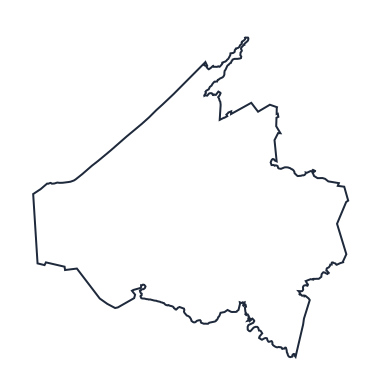 Elota, Sinaloa, Mexico, rotated 94°
{"feature_id": "50627088B50606245291674", "entity_name": "Elota", "entity_type": "district", "adm_level": 2, "iso_a3": "MEX", "parent_name": "Mexico", "parent_adm1": "Sinaloa", "projection": "albers", "projection_center": [-106.918, 24.031], "detail": "fine", "context": "isolated", "style": "outline", "palette": "slate", "viewbox_px": 384, "rotation_deg": 94, "n_neighbors": 0, "source": "geoboundaries", "source_scale": "gbopen_adm2", "svg_char_len": 5908}
<svg xmlns="http://www.w3.org/2000/svg" viewBox="0 0 384 384"><g transform="rotate(94 192 192)"><path d="M176.1,40.5L175.7,47.0L172.9,46.1L171.9,56.8L169.6,60.1L169.0,62.6L169.4,67.8L167.4,71.5L166.1,72.0L164.4,73.1L162.6,70.7L162.4,70.7L161.5,72.9L161.7,73.1L162.1,72.9L162.3,73.0L162.9,74.0L162.9,75.3L164.8,78.7L164.6,79.9L165.2,79.7L166.4,80.3L167.2,81.0L167.6,81.9L167.7,83.2L168.2,84.4L168.7,87.6L168.5,88.1L166.1,91.0L164.7,91.3L163.4,92.2L162.4,93.5L162.3,94.3L161.5,95.5L160.8,98.0L160.8,100.1L161.0,101.4L162.7,104.9L162.6,105.7L162.4,107.2L161.9,107.8L160.3,108.3L159.7,109.3L159.6,110.5L160.0,111.4L159.5,112.0L159.4,112.4L159.6,114.5L157.0,115.6L154.6,114.8L153.9,114.3L153.5,113.8L153.6,112.7L154.8,111.6L155.5,109.7L134.5,113.3L127.2,110.2L127.2,107.9L120.5,112.6L112.0,112.9L111.0,111.1L107.9,111.9L108.3,113.0L102.6,113.3L101.5,113.1L99.5,120.4L107.3,131.7L98.9,139.1L111.5,158.5L108.8,158.5L110.2,161.3L110.6,161.4L112.4,163.1L113.9,162.1L115.7,164.9L115.7,165.3L118.1,169.4L103.1,169.5L99.9,170.1L98.9,170.9L97.2,171.4L95.5,172.5L93.7,171.2L91.5,170.4L91.0,170.6L90.0,172.7L93.5,175.0L93.1,177.6L93.8,177.5L93.8,177.9L92.1,179.2L92.2,180.9L92.6,181.9L94.8,183.5L94.7,185.7L95.2,186.4L94.8,186.5L92.2,185.0L91.2,185.6L89.9,184.8L88.4,182.5L85.9,181.5L84.5,179.9L82.9,179.2L80.9,177.8L80.3,177.1L80.4,176.4L79.9,175.1L80.0,174.7L78.4,174.1L78.4,173.7L76.9,172.1L75.5,169.5L74.5,168.6L72.7,167.9L70.9,168.0L69.0,167.9L67.5,167.0L64.0,165.7L63.2,165.3L62.6,164.4L61.1,163.3L60.4,162.1L58.9,161.8L58.0,161.0L57.1,160.8L56.2,158.9L56.0,155.9L55.5,153.6L55.0,152.5L53.4,152.3L52.2,153.3L49.6,153.3L47.8,152.2L47.3,152.2L45.8,153.1L44.8,152.9L44.1,152.6L42.7,151.4L41.8,150.9L41.6,150.0L40.6,150.1L37.4,147.0L36.2,146.5L34.7,146.5L34.1,146.9L34.2,149.6L34.4,149.9L35.3,149.5L36.0,149.8L37.3,150.9L38.5,152.6L39.2,152.9L39.5,152.6L40.7,152.8L42.4,154.4L44.0,154.9L45.1,156.2L45.8,158.2L46.4,158.2L46.7,158.7L47.6,159.2L49.1,159.2L49.6,159.5L50.5,160.8L51.0,163.3L52.9,163.4L56.7,165.1L57.5,166.1L58.6,166.8L59.5,167.8L60.8,170.8L61.3,170.9L61.6,170.6L62.7,171.2L65.0,173.0L65.2,173.6L64.8,174.6L65.4,175.7L65.6,179.3L65.1,179.7L64.5,178.9L64.6,179.4L64.9,180.0L66.9,181.9L68.4,183.8L67.8,184.8L66.4,186.1L65.9,186.1L65.1,185.6L63.7,186.4L65.0,186.4L65.2,186.7L65.1,187.6L64.2,189.5L62.2,187.8L61.7,187.9L95.7,217.3L107.1,227.8L112.7,233.2L120.6,240.1L127.7,247.0L141.4,261.3L156.3,276.1L167.7,288.0L172.7,293.6L181.7,302.6L187.4,308.8L188.7,310.5L190.2,313.9L190.7,316.0L191.8,321.6L192.1,324.6L192.0,327.1L193.1,329.8L193.4,331.5L193.4,332.7L192.9,333.3L192.8,333.9L193.8,336.1L193.7,337.1L199.6,343.1L205.1,350.3L274.0,341.1L275.2,334.0L272.4,332.8L275.4,313.9L278.7,313.2L276.4,301.5L304.7,276.6L309.5,268.7L313.1,260.6L312.3,257.9L301.9,242.3L298.4,241.6L294.7,245.0L293.8,243.6L291.4,236.9L290.4,236.1L288.5,236.3L288.4,235.1L287.8,234.4L288.0,233.1L289.4,231.8L290.9,232.2L292.0,233.2L292.4,233.9L292.4,234.6L292.7,235.4L293.9,236.3L293.7,236.7L294.1,237.1L295.3,236.7L296.5,235.9L296.9,235.1L298.6,235.1L299.2,236.0L299.7,236.1L301.5,235.1L301.7,233.8L301.6,232.3L302.1,229.4L302.0,228.5L302.3,227.7L302.1,226.3L302.9,222.1L303.0,219.8L303.3,219.3L303.8,216.0L304.2,215.3L304.3,214.1L304.8,212.9L304.7,212.4L306.0,211.0L306.6,209.8L306.8,208.3L306.5,208.0L306.4,207.4L306.9,206.7L307.3,204.2L307.7,203.1L308.4,202.2L309.2,201.8L309.6,200.9L310.3,200.3L310.3,199.4L308.5,198.0L307.6,196.4L308.9,191.9L310.2,191.4L311.8,191.7L312.9,191.2L315.6,188.6L315.8,187.6L316.8,185.7L318.9,184.1L320.6,183.5L321.7,181.8L321.9,181.2L321.8,180.0L321.3,179.2L320.2,178.2L319.5,176.3L319.3,175.0L320.1,174.2L321.0,174.2L321.8,173.7L322.6,170.9L322.4,169.7L322.4,167.9L322.3,166.8L321.2,165.7L319.6,160.1L318.7,158.9L318.0,158.7L318.0,158.4L317.4,157.9L314.7,156.9L314.5,156.5L313.3,155.9L310.5,155.1L309.5,151.2L307.2,148.3L308.8,144.7L308.9,143.8L308.6,140.2L308.3,139.1L307.5,138.7L306.5,137.4L300.2,136.3L298.7,136.6L299.3,134.6L298.5,133.7L298.8,132.6L298.4,131.8L299.5,131.8L299.9,132.7L301.5,133.1L301.9,132.7L300.9,131.6L300.8,130.7L302.7,130.1L303.5,131.2L308.1,130.3L308.9,129.7L310.1,130.3L311.0,129.3L310.2,128.2L310.2,127.9L311.6,126.9L312.4,127.0L312.8,126.3L313.2,126.2L313.9,126.7L314.2,125.4L315.4,126.2L315.7,127.0L316.6,127.6L316.2,126.3L316.8,125.6L316.2,125.4L316.2,124.9L315.7,124.6L315.5,124.1L314.7,123.7L314.1,122.9L315.9,121.0L316.4,120.9L318.2,121.8L320.8,126.4L322.6,127.1L325.4,126.8L326.5,125.6L326.9,124.4L326.3,123.6L323.0,121.1L322.1,119.3L322.0,117.5L322.8,116.5L325.5,115.5L325.4,114.8L326.0,113.6L328.1,112.1L331.3,114.5L332.9,114.9L333.2,114.5L333.3,114.0L333.9,113.3L334.5,111.9L332.9,109.5L332.5,108.1L332.8,107.0L334.8,106.3L336.0,105.3L336.1,104.9L335.2,102.2L336.2,101.4L337.1,101.2L338.0,101.3L339.2,100.4L340.4,98.4L341.0,96.7L341.0,96.0L340.5,94.6L340.8,93.2L340.6,92.6L341.1,91.7L341.5,91.3L342.0,91.3L342.2,90.9L341.9,90.3L341.8,89.0L340.8,88.3L340.7,87.7L340.9,87.4L343.1,86.6L345.6,86.1L346.4,85.4L347.5,85.2L349.3,84.1L349.9,82.6L349.2,80.4L348.7,80.2L348.1,80.5L347.4,80.3L346.5,79.4L346.5,79.0L346.7,78.2L348.2,78.1L349.2,77.2L316.4,71.9L310.6,71.5L291.6,67.0L290.0,68.3L287.7,71.6L288.2,72.5L287.5,72.7L287.4,73.0L287.8,74.8L287.7,75.2L286.8,76.0L286.9,77.2L286.4,77.7L285.6,77.2L284.6,77.7L283.4,78.9L283.4,76.1L283.2,75.3L282.4,74.6L281.6,74.3L279.2,74.7L278.0,74.2L277.4,73.5L277.0,71.9L277.5,70.4L277.2,70.1L276.2,69.9L274.2,71.6L273.6,71.7L272.9,72.3L270.7,67.6L270.9,65.3L270.6,65.3L270.7,64.8L270.2,64.7L269.7,59.4L267.6,57.1L265.5,57.0L264.7,56.8L262.9,55.4L263.0,54.4L264.3,51.3L263.8,51.0L263.6,50.3L263.2,50.4L263.0,50.1L261.2,51.9L261.0,52.5L259.1,52.3L258.6,52.0L257.6,50.2L256.8,49.8L256.4,49.4L254.8,49.0L254.7,47.6L252.7,47.6L252.5,47.2L252.5,46.3L253.0,45.4L253.3,43.9L254.3,43.1L254.5,42.6L252.6,39.1L251.5,36.3L250.7,36.5L243.3,33.7L213.6,45.1L191.2,37.5L189.7,35.6L176.1,40.5Z" fill="none" stroke="#1e293b" stroke-width="2"/></g></svg>